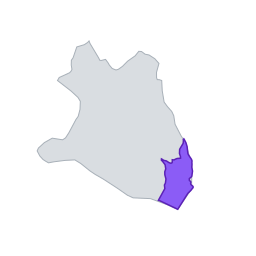 Makamba on a map of Burundi (Mercator projection), rotated 303°
{"feature_id": "BDI-2641", "entity_name": "Makamba", "entity_type": "Province", "adm_level": 1, "iso_a3": "BDI", "parent_name": "Burundi", "parent_adm1": "", "projection": "mercator", "projection_center": [29.841, -4.203], "detail": "fine", "context": "in_parent", "style": "filled", "palette": "violet", "viewbox_px": 256, "rotation_deg": 303, "n_neighbors": 0, "source": "natural_earth", "source_scale": "10m", "svg_char_len": 1873}
<svg xmlns="http://www.w3.org/2000/svg" viewBox="0 0 256 256"><g transform="rotate(303 128 128)"><path d="M179.8,47.9L178.2,50.1L170.8,65.2L169.4,67.5L170.2,68.9L173.3,71.8L171.5,76.5L170.7,77.8L169.3,82.3L170.1,86.3L171.9,87.9L176.7,89.8L183.9,91.3L192.4,94.7L198.2,95.3L199.5,97.7L199.2,102.1L200.7,105.9L200.7,112.8L199.0,118.8L190.2,121.6L185.7,124.6L184.5,126.2L185.6,128.0L186.2,130.4L177.9,136.4L169.4,144.2L167.4,149.5L165.7,155.7L163.2,159.7L156.8,165.4L150.2,177.0L147.0,184.5L130.8,202.5L116.4,211.4L112.2,214.5L86.8,214.0L84.8,201.8L81.0,185.3L72.2,170.3L71.3,164.1L71.7,152.0L71.7,135.0L71.2,125.9L71.3,119.3L72.5,107.7L72.3,100.8L66.6,92.9L59.4,84.4L55.5,80.3L55.3,76.9L55.3,73.9L56.5,69.3L59.3,64.3L62.4,63.8L70.2,65.8L78.2,70.0L82.5,79.6L85.7,81.0L91.7,81.0L106.9,79.7L110.6,79.9L117.5,77.6L124.4,73.5L126.4,69.4L128.0,60.0L129.4,43.0L132.9,42.8L142.5,48.9L144.5,49.3L146.6,49.1L149.9,46.1L154.0,43.6L157.0,43.7L168.1,40.9L174.1,46.0L177.8,47.6L179.8,47.9Z" fill="#d9dde1" stroke="#a8b0b8" stroke-width="1"/><path d="M149.3,180.8L149.1,181.3L147.2,184.6L144.7,187.6L139.2,192.1L138.4,193.4L136.3,198.3L135.3,199.6L133.5,200.6L132.7,201.3L129.9,202.8L127.0,205.6L122.7,207.6L122.0,207.8L120.6,207.6L119.8,207.2L118.9,207.0L117.6,207.9L117.4,208.1L117.3,209.5L116.9,210.2L115.5,210.8L115.0,211.3L114.7,212.4L114.6,213.5L114.4,214.4L113.4,215.1L113.1,215.0L109.8,214.7L105.8,213.8L86.9,214.0L84.3,194.4L83.9,192.9L84.9,192.8L97.2,191.9L100.0,189.6L102.1,189.4L105.9,187.6L108.8,184.4L111.3,182.7L114.3,181.9L117.4,179.1L118.8,175.3L119.2,173.5L120.3,172.9L120.4,174.0L120.3,175.5L121.3,178.1L121.3,181.3L121.8,183.2L123.0,183.9L124.3,183.2L125.5,182.4L126.3,184.0L127.8,184.8L129.2,185.8L131.3,188.5L132.6,187.6L134.7,185.0L138.3,182.9L145.2,182.6L147.5,181.4L148.5,180.6L149.2,180.8L149.3,180.8Z" fill="#8b5cf6" stroke="#5b21b6" stroke-width="1.5"/></g></svg>